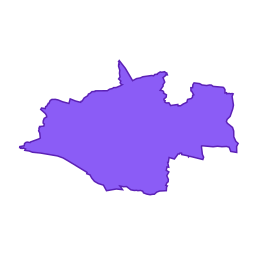 the district of Blanchardstown-Mulhuddart Lea-5, Fingal, Ireland, rotated 357°
{"feature_id": "5873133B33785826163763", "entity_name": "Blanchardstown-Mulhuddart Lea-5", "entity_type": "district", "adm_level": 2, "iso_a3": "IRL", "parent_name": "Ireland", "parent_adm1": "Fingal", "projection": "robinson", "projection_center": [-6.344, 53.42], "detail": "fine", "context": "isolated", "style": "filled", "palette": "violet", "viewbox_px": 256, "rotation_deg": 357, "n_neighbors": 0, "source": "geoboundaries", "source_scale": "gbopen_adm2", "svg_char_len": 2769}
<svg xmlns="http://www.w3.org/2000/svg" viewBox="0 0 256 256"><g transform="rotate(357 128 128)"><path d="M23.8,144.9L28.2,145.8L31.3,147.2L39.2,148.4L56.1,152.2L61.6,154.5L66.5,157.7L84.8,170.2L84.4,171.5L87.6,172.8L89.1,176.0L91.7,179.5L95.4,181.9L100.5,183.8L103.2,189.5L113.2,188.3L119.3,189.3L116.9,185.5L120.3,186.4L123.5,186.4L127.6,189.9L130.9,190.7L133.5,190.7L134.5,191.1L137.2,191.0L139.4,191.9L140.1,193.6L143.3,195.0L146.6,195.8L148.9,195.5L150.9,195.5L153.4,193.5L156.3,192.6L163.0,192.6L163.4,189.1L164.2,187.9L162.7,187.3L164.1,184.6L165.3,183.8L165.6,181.4L164.2,177.7L166.5,174.0L164.0,172.3L164.9,168.9L166.6,169.3L165.8,164.4L166.5,164.3L167.5,159.6L172.7,161.4L176.7,156.5L178.0,156.6L178.4,155.9L179.7,155.8L180.3,156.1L180.2,157.3L186.7,159.0L186.9,159.9L187.3,159.5L189.0,159.7L201.1,163.4L202.0,161.1L200.9,158.3L200.4,151.0L200.6,149.8L201.7,149.7L212.0,151.2L216.4,150.9L220.8,151.6L225.6,151.6L228.0,152.5L229.4,156.8L235.3,158.1L235.5,152.1L237.2,149.2L235.0,147.0L233.2,142.4L233.4,136.5L232.4,132.9L227.4,128.4L226.6,126.7L227.4,124.6L230.6,121.7L233.6,114.3L234.5,110.7L233.6,101.9L234.8,99.4L233.8,99.0L232.4,99.2L231.0,98.8L228.3,98.9L228.2,97.9L226.7,98.1L226.8,94.6L225.6,92.6L225.0,92.3L215.2,90.9L213.5,89.5L211.7,89.3L208.8,89.7L204.2,88.9L201.8,87.4L196.3,86.4L195.1,88.1L194.6,91.1L192.9,91.0L192.8,94.2L193.4,94.4L195.4,98.3L194.3,98.7L194.0,100.6L192.9,101.8L189.0,102.6L188.1,105.4L184.4,106.9L181.8,108.5L179.2,108.5L179.0,107.1L171.7,107.8L170.2,105.0L167.5,105.0L165.9,103.8L166.5,102.7L165.5,102.1L165.3,101.1L167.8,99.1L168.1,96.8L165.3,95.1L165.6,94.1L164.6,92.6L162.1,92.1L165.3,87.9L165.2,86.6L167.1,84.1L165.6,79.5L167.7,78.1L168.3,77.1L170.1,77.0L169.5,75.0L168.5,74.9L167.6,73.7L164.5,74.1L163.1,73.7L160.2,75.3L160.1,75.9L157.6,75.9L156.3,77.2L154.4,76.8L145.4,77.6L143.0,78.6L139.1,79.1L135.1,81.0L128.4,68.2L122.8,60.2L122.1,61.2L123.0,61.6L122.3,62.8L122.5,64.0L122.0,64.0L121.8,65.8L122.8,69.9L122.3,72.9L122.7,76.6L121.2,78.5L123.3,80.7L122.5,82.5L123.6,84.1L124.5,84.4L122.7,85.4L118.2,87.0L115.7,86.9L114.6,87.7L111.6,88.3L109.3,89.7L97.2,89.2L96.9,89.8L93.9,89.8L92.0,91.4L90.3,92.0L89.4,93.7L85.8,95.7L83.7,98.6L82.5,98.9L82.1,99.9L77.0,98.3L71.8,95.9L70.3,100.4L64.1,98.4L59.6,96.3L57.0,95.6L53.4,95.5L51.7,96.5L50.3,99.3L49.7,99.2L47.9,102.0L46.9,102.3L46.4,104.3L42.7,103.5L41.8,104.9L46.2,109.2L47.2,111.0L47.4,112.7L44.8,114.0L43.7,116.5L43.5,118.6L44.6,119.7L44.0,121.7L39.8,121.9L39.9,122.8L39.0,123.4L39.2,124.6L38.6,126.1L39.6,128.3L39.9,133.4L38.5,134.2L30.0,136.8L29.5,137.4L26.6,136.8L25.2,137.1L23.9,138.1L23.4,140.3L19.0,140.9L18.8,141.9L19.7,142.1L19.8,142.6L20.6,142.4L21.0,142.9L22.2,142.8L22.4,142.5L24.6,143.6L23.8,144.9Z" fill="#8b5cf6" stroke="#5b21b6" stroke-width="1.5"/></g></svg>